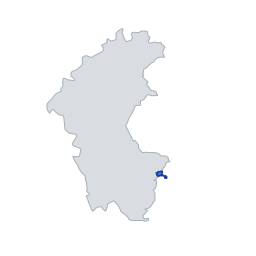 location of Conakry, Dubréka, Guinea, rotated 244°
{"feature_id": "49546643B29247776226513", "entity_name": "Conakry", "entity_type": "district", "adm_level": 2, "iso_a3": "GIN", "parent_name": "Guinea", "parent_adm1": "Dubréka", "projection": "albers", "projection_center": [-13.665, 9.597], "detail": "fine", "context": "in_parent", "style": "filled", "palette": "blue", "viewbox_px": 256, "rotation_deg": 244, "n_neighbors": 0, "source": "geoboundaries", "source_scale": "gbopen_adm2", "svg_char_len": 4954}
<svg xmlns="http://www.w3.org/2000/svg" viewBox="0 0 256 256"><g transform="rotate(244 128 128)"><path d="M154.9,164.8L153.0,164.6L152.1,164.9L149.6,168.0L148.1,169.1L145.7,168.8L144.9,169.0L144.2,168.7L145.1,167.0L146.3,163.8L149.4,160.4L149.4,159.7L148.1,157.8L146.8,155.2L146.7,152.4L146.5,150.4L143.7,149.8L143.2,149.5L143.1,148.8L144.6,145.3L144.8,144.6L144.6,144.0L142.8,142.2L140.2,138.9L135.6,132.1L133.9,130.7L132.2,128.6L131.6,127.3L129.9,126.9L114.1,127.0L113.8,128.8L108.3,130.0L105.0,128.7L101.2,129.5L99.4,130.4L98.0,134.4L97.2,135.2L96.4,137.0L95.7,138.0L94.9,140.0L93.1,142.8L91.2,144.6L88.1,145.6L87.1,148.5L86.3,149.6L85.1,150.5L83.8,151.0L81.2,150.4L79.7,151.0L79.5,150.2L80.3,147.9L79.7,146.7L77.2,144.3L76.9,143.1L76.2,141.6L72.9,138.5L69.8,138.7L70.7,136.1L70.6,132.6L69.6,130.7L69.8,128.8L69.3,128.9L68.3,130.3L66.6,129.8L63.3,127.8L61.6,125.8L61.4,124.1L61.0,123.4L60.0,123.8L57.9,123.7L51.5,120.7L47.0,113.1L46.9,111.3L47.6,108.4L47.4,107.6L45.3,109.5L44.9,108.2L43.4,105.2L42.9,103.4L41.4,102.6L40.2,102.5L39.2,103.1L38.0,106.6L37.0,106.6L36.1,105.8L36.3,103.2L38.8,99.9L42.9,91.5L44.3,89.5L45.3,88.9L47.2,88.8L51.0,87.7L55.6,85.1L59.1,85.3L63.3,85.0L68.8,83.2L68.8,77.5L68.7,76.3L66.7,75.1L65.6,74.1L64.6,72.9L63.4,72.0L63.5,71.1L65.9,69.9L68.1,69.9L68.9,69.4L69.4,68.6L70.0,66.6L70.2,64.4L68.8,61.6L68.9,59.5L76.9,59.8L81.2,60.4L84.8,60.5L85.4,61.0L84.9,63.0L85.4,64.1L86.6,64.4L88.6,63.1L89.6,63.4L91.9,65.1L94.0,65.5L96.2,66.5L98.4,67.0L100.3,66.9L101.7,67.9L104.4,68.2L107.8,66.9L110.5,66.4L114.3,66.2L116.3,66.6L122.1,65.6L126.6,66.1L125.9,66.8L123.9,71.3L124.1,72.1L128.8,75.9L129.9,76.2L131.1,75.7L133.1,73.9L134.7,72.0L136.2,71.0L137.9,71.1L139.4,72.4L142.7,78.0L143.5,78.7L144.3,78.7L145.8,77.7L146.5,76.4L149.5,72.6L154.2,70.7L165.5,74.9L167.1,75.2L168.1,74.9L169.4,72.3L173.7,70.1L175.7,69.5L176.8,69.4L177.3,68.7L177.5,67.7L177.2,66.6L175.9,64.7L175.8,64.1L176.6,63.8L178.2,63.5L180.3,63.6L182.6,64.4L184.6,65.6L185.7,67.0L187.8,73.0L190.3,77.6L190.3,83.9L191.3,84.5L192.5,84.8L193.0,85.3L194.2,87.8L195.3,88.6L196.6,88.7L199.1,90.4L200.6,91.0L200.9,91.5L200.8,92.2L200.2,93.1L197.9,94.8L196.8,96.3L194.4,99.9L194.4,100.6L194.9,101.1L195.9,101.1L196.9,100.9L199.1,99.5L200.8,100.0L202.5,100.9L203.1,102.0L203.3,103.3L203.0,105.1L202.9,107.0L203.6,110.3L204.5,113.7L205.4,114.9L211.0,117.7L211.5,118.8L211.8,120.0L211.5,121.7L210.9,122.7L207.9,125.3L207.4,126.6L207.7,128.9L208.1,138.6L209.3,140.2L210.8,141.0L214.1,140.5L214.1,143.2L213.7,146.3L215.7,147.2L216.7,148.1L217.2,148.9L214.1,150.6L213.3,151.5L212.9,154.1L213.0,156.4L217.2,158.0L218.9,159.9L219.6,162.0L219.9,165.8L219.6,166.7L218.5,166.7L216.3,164.4L213.1,164.2L210.7,163.8L206.7,164.2L206.0,164.9L205.6,170.0L206.6,170.8L208.5,171.8L209.8,172.2L210.8,172.0L211.6,172.6L211.8,174.3L211.3,175.6L210.3,176.7L209.0,179.7L209.3,182.4L207.1,186.7L206.5,187.6L203.5,186.8L201.5,186.5L200.1,187.6L198.2,186.0L197.8,184.7L197.1,184.4L195.7,184.4L194.5,185.2L194.0,186.5L193.8,189.3L191.6,192.0L190.1,195.2L188.3,195.0L188.0,195.4L186.1,196.2L184.4,196.5L184.0,195.6L183.0,194.9L182.0,193.6L180.7,192.5L178.4,191.7L177.5,192.1L176.4,192.0L175.7,191.6L175.8,190.9L177.0,189.2L177.7,187.6L178.0,185.9L178.0,184.3L177.3,182.0L176.3,180.2L176.0,179.1L176.1,177.6L175.8,176.2L175.5,175.5L175.0,172.9L174.4,172.4L174.0,170.3L174.1,168.1L173.2,167.3L171.7,166.7L170.9,165.9L170.4,164.9L169.9,164.7L169.4,164.7L169.1,165.3L168.6,165.4L167.8,163.4L167.4,163.3L166.9,163.8L160.4,166.1L159.5,164.2L158.3,163.9L156.2,164.7L154.9,164.8Z" fill="#d9dde1" stroke="#a8b0b8" stroke-width="1"/><path d="M73.4,133.5L73.2,133.7L73.1,133.8L72.9,133.6L72.8,133.3L72.4,133.2L72.3,133.3L72.1,133.4L71.9,133.6L72.0,133.8L71.9,133.9L71.6,133.9L71.5,134.0L71.4,134.3L71.3,135.0L71.4,135.3L71.5,135.4L71.4,135.5L71.2,136.0L71.3,136.2L71.2,136.4L71.1,136.5L70.9,136.6L70.7,136.9L70.6,137.0L70.5,137.4L70.4,137.7L70.3,137.8L70.3,138.1L70.2,138.2L69.8,138.6L69.7,138.8L69.6,139.0L69.4,139.1L69.0,139.2L69.0,139.3L68.9,139.4L68.9,139.5L69.0,139.6L69.5,139.4L69.9,139.0L70.4,138.7L70.5,138.6L70.8,138.5L71.0,138.4L71.1,138.2L71.3,138.2L71.6,138.0L71.7,137.9L71.9,138.0L72.0,138.0L72.2,138.3L72.4,138.7L72.8,139.1L73.1,139.5L73.5,139.7L73.9,139.6L74.1,139.5L74.3,139.1L74.6,139.0L74.7,138.6L74.7,138.3L74.5,137.7L74.8,137.1L75.2,136.6L75.4,136.5L75.6,136.1L75.6,135.9L75.4,135.7L74.9,135.2L74.7,135.1L74.6,134.8L74.6,134.7L75.1,134.1L75.2,133.7L74.5,133.6L73.6,133.5L73.4,133.5ZM66.3,140.9L66.3,140.7L66.3,140.3L66.5,140.1L67.0,139.6L67.1,139.4L67.3,139.4L67.2,139.3L66.9,139.2L66.8,139.3L66.7,139.3L66.6,139.5L66.5,139.8L66.3,139.9L66.2,140.0L66.0,140.4L66.1,140.6L66.2,140.8L66.3,140.9ZM68.3,141.0L68.3,140.9L68.5,140.6L68.4,140.5L68.4,140.3L68.4,140.1L68.2,140.0L68.1,139.5L67.9,139.5L68.0,139.9L68.1,140.1L68.2,140.3L68.2,140.5L68.2,140.9L68.1,141.0L68.3,141.0ZM67.4,140.5L67.3,140.4L67.1,140.4L67.0,140.5L67.3,140.5L67.4,140.5Z" fill="#3b82f6" stroke="#1e3a8a" stroke-width="1.5"/></g></svg>